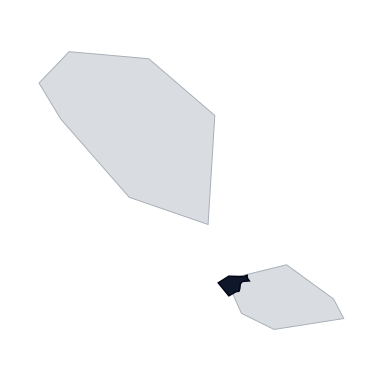 where Qala sits in Malta, rotated 184°
{"feature_id": "MLT-5980", "entity_name": "Qala", "entity_type": "state/province", "adm_level": 1, "iso_a3": "MLT", "parent_name": "Malta", "parent_adm1": "", "projection": "natural_earth1", "projection_center": [14.311, 36.036], "detail": "fine", "context": "in_parent", "style": "filled", "palette": "ink", "viewbox_px": 384, "rotation_deg": 184, "n_neighbors": 0, "source": "natural_earth", "source_scale": "10m", "svg_char_len": 581}
<svg xmlns="http://www.w3.org/2000/svg" viewBox="0 0 384 384"><g transform="rotate(184 192 192)"><path d="M352.2,290.0L324.4,323.4L244.4,321.9L174.6,269.9L173.7,160.7L254.2,182.3L327.9,255.5L352.2,290.0ZM142.3,110.1L92.6,126.0L43.3,95.1L31.8,76.4L100.6,60.6L134.2,74.4L148.4,101.2L142.3,110.1Z" fill="#d9dde1" stroke="#a8b0b8" stroke-width="1"/><path d="M148.0,91.0L159.5,103.2L149.4,110.6L134.8,111.2L131.2,112.8L130.6,109.7L128.6,107.3L135.5,106.3L137.4,103.6L137.6,98.8L138.2,96.3L141.2,95.6L144.1,93.6L148.0,91.0Z" fill="#0f172a" stroke="#020617" stroke-width="1.5"/></g></svg>